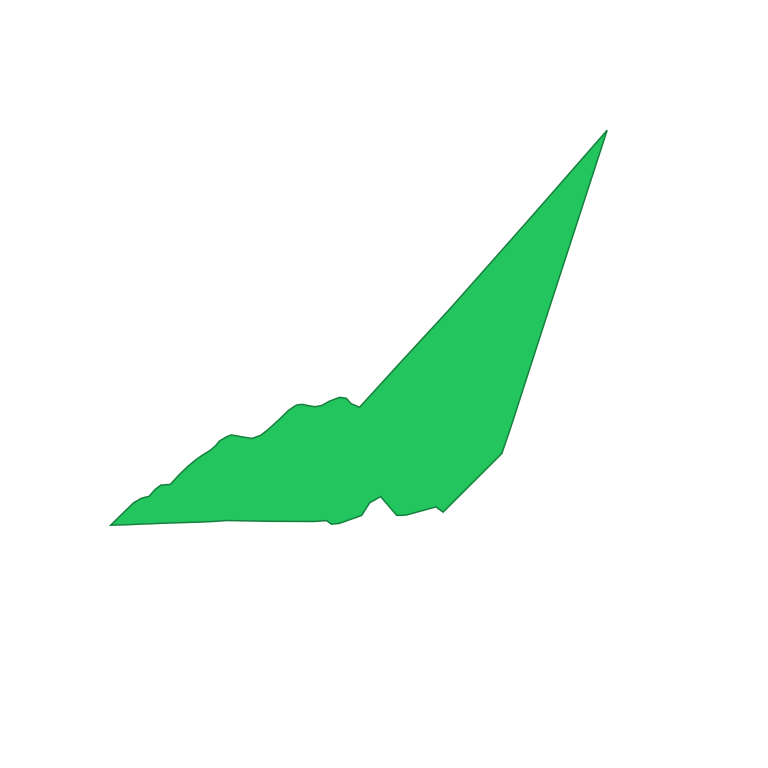 Branquinha, Alagoas, Brazil, rotated 336°
{"feature_id": "56859067B15219395707905", "entity_name": "Branquinha", "entity_type": "district", "adm_level": 2, "iso_a3": "BRA", "parent_name": "Brazil", "parent_adm1": "Alagoas", "projection": "orthographic", "projection_center": [-36.101, -9.21], "detail": "fine", "context": "isolated", "style": "filled", "palette": "green", "viewbox_px": 768, "rotation_deg": 336, "n_neighbors": 0, "source": "geoboundaries", "source_scale": "gbopen_adm2", "svg_char_len": 923}
<svg xmlns="http://www.w3.org/2000/svg" viewBox="0 0 768 768"><g transform="rotate(336 384 384)"><path d="M385.9,525.1L463.4,495.4L480.7,476.8L555.7,393.2L691.1,242.9L580.5,294.0L485.4,337.3L471.6,343.5L404.5,372.4L352.2,395.3L345.9,388.5L343.7,381.6L337.9,378.1L327.5,377.5L318.3,378.3L311.7,376.7L305.5,372.6L300.8,369.2L295.3,367.6L286.1,369.2L274.6,373.5L266.2,376.3L259.3,378.5L250.6,380.7L241.4,380.1L233.2,374.8L223.8,368.4L218.2,368.2L210.3,369.2L204.8,372.0L198.4,373.9L189.5,375.1L183.0,376.3L172.1,379.2L160.1,383.5L148.0,388.8L139.0,385.6L132.0,387.2L123.8,391.0L116.0,389.7L107.2,390.6L95.9,394.7L76.9,401.8L89.4,407.0L94.9,409.2L106.0,413.5L113.7,416.7L124.0,420.7L160.5,435.6L171.7,440.0L184.9,444.8L225.0,463.5L263.3,480.8L276.0,485.5L278.9,490.7L286.5,493.2L310.1,495.0L322.6,486.7L335.1,485.5L342.2,509.3L351.1,512.8L381.4,517.4L385.9,525.1Z" fill="#22c55e" stroke="#15803d" stroke-width="1.5"/></g></svg>